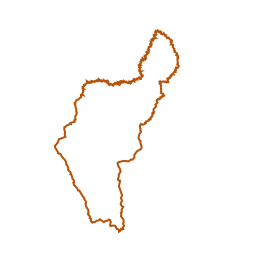 Becerrill, Cesar, Colombia, rotated 130°
{"feature_id": "7082276B21429087141697", "entity_name": "Becerrill", "entity_type": "district", "adm_level": 2, "iso_a3": "COL", "parent_name": "Colombia", "parent_adm1": "Cesar", "projection": "equal_earth", "projection_center": [-73.426, 9.754], "detail": "fine", "context": "isolated", "style": "outline", "palette": "amber", "viewbox_px": 256, "rotation_deg": 130, "n_neighbors": 0, "source": "geoboundaries", "source_scale": "gbopen_adm2", "svg_char_len": 5856}
<svg xmlns="http://www.w3.org/2000/svg" viewBox="0 0 256 256"><g transform="rotate(130 128 128)"><path d="M39.3,139.2L39.8,141.2L38.8,141.5L38.7,142.9L37.6,143.2L37.6,144.8L37.1,145.8L35.4,146.8L36.4,148.7L35.5,148.7L34.8,150.3L34.2,149.6L32.8,150.5L32.8,151.4L33.3,151.9L32.9,152.5L33.1,153.7L32.6,154.9L34.0,155.8L33.2,157.2L33.5,158.6L32.5,158.7L33.0,160.4L32.5,161.5L33.9,161.3L34.6,162.9L33.2,164.2L33.2,165.6L33.7,165.8L34.4,165.0L34.5,166.5L35.0,165.6L34.2,167.8L35.3,167.7L36.0,169.9L36.2,168.1L37.2,168.7L37.4,167.8L38.0,167.4L38.4,168.0L38.3,167.1L38.8,167.4L39.0,166.9L39.5,167.7L39.4,167.2L39.8,166.9L40.1,167.5L40.3,167.0L41.0,167.3L41.6,166.0L41.4,164.9L42.1,165.6L44.1,165.2L43.9,166.5L44.5,166.3L44.5,165.7L44.8,166.3L45.4,165.7L45.6,166.3L46.0,165.7L45.9,166.0L46.2,166.1L46.2,166.4L46.5,166.7L46.3,166.4L46.6,165.7L47.3,165.7L47.4,164.7L47.5,165.2L47.8,164.6L48.4,164.9L48.6,164.1L49.5,164.6L49.6,163.8L50.1,164.1L50.4,163.2L51.0,163.5L51.4,163.0L52.7,164.2L54.3,163.2L54.4,162.6L54.8,162.9L54.8,162.4L55.9,163.1L55.6,162.8L55.9,161.7L56.8,162.2L57.0,161.1L57.8,161.9L57.7,161.0L58.4,161.4L59.0,160.0L59.1,161.0L60.8,161.2L61.5,160.6L62.0,161.8L62.7,161.4L63.1,158.9L64.5,158.7L64.8,160.0L65.4,160.3L65.3,161.0L65.9,160.4L65.8,161.2L66.2,160.9L67.1,161.6L67.5,160.6L68.3,161.1L69.2,160.2L69.7,160.7L70.3,159.8L71.7,160.0L71.7,158.8L73.0,160.0L73.5,159.0L74.3,158.6L74.2,157.7L73.6,158.3L73.5,157.5L74.6,157.5L75.6,156.3L75.8,156.9L76.9,156.4L76.5,155.8L77.0,155.0L76.2,154.2L77.3,154.5L77.8,154.0L77.8,152.6L78.6,152.0L78.3,150.5L78.8,150.5L79.0,151.5L79.5,150.1L81.1,150.7L82.1,149.7L82.7,150.5L82.1,151.9L82.7,151.8L82.5,152.6L83.0,151.9L84.2,152.8L84.6,152.4L84.6,153.3L85.1,152.3L85.0,152.8L85.8,152.8L85.9,153.6L86.7,153.7L86.6,154.8L87.2,154.6L87.0,153.8L87.4,153.4L87.7,153.8L88.2,153.2L88.5,155.0L89.1,155.1L89.3,154.5L90.9,156.1L91.3,154.7L91.9,154.7L91.5,155.3L91.9,155.5L91.9,156.3L92.3,155.9L93.5,156.7L93.7,157.3L93.3,157.6L94.1,158.4L93.8,159.2L94.4,159.3L94.5,160.5L95.0,159.8L96.7,161.5L95.8,161.9L96.1,162.3L95.9,162.9L96.4,163.4L96.9,162.5L98.4,162.3L98.1,162.7L98.6,163.4L98.2,163.1L98.2,164.1L99.4,163.7L99.5,164.6L100.7,162.9L101.0,164.2L100.4,164.8L101.1,165.4L100.8,166.0L101.6,166.5L102.2,166.0L102.2,167.0L103.1,166.8L103.8,167.5L104.6,167.4L104.6,166.7L105.1,166.6L105.2,169.3L106.1,170.2L106.2,169.5L106.8,170.0L106.2,171.1L107.0,170.6L106.9,171.7L106.1,171.5L105.0,174.0L105.4,174.1L105.7,173.5L105.8,174.7L106.6,174.4L106.4,175.2L107.2,175.7L106.8,176.4L107.2,176.7L107.0,177.7L108.7,177.6L109.6,178.2L109.7,178.8L109.0,179.4L110.4,180.4L109.9,181.4L109.5,180.7L109.4,181.9L111.9,181.4L112.0,181.9L111.6,182.0L111.5,182.5L113.7,183.0L113.3,183.6L114.2,183.9L115.1,185.6L115.4,184.8L116.2,185.4L117.0,184.5L116.5,185.9L116.9,186.8L118.0,186.4L118.4,188.9L118.9,187.7L119.5,189.0L120.5,188.3L121.7,188.9L122.5,188.5L123.3,189.4L124.2,188.6L125.9,189.2L126.2,188.0L126.7,187.9L126.6,187.0L127.2,187.5L127.5,186.5L128.3,186.4L128.4,185.8L131.2,185.1L131.7,183.2L132.9,185.3L134.9,183.7L136.2,184.3L138.1,184.3L139.6,185.5L141.4,184.8L142.9,185.0L143.2,184.1L144.0,184.2L144.8,182.3L146.2,181.1L146.8,179.5L148.5,178.6L149.4,176.8L153.7,175.5L155.2,173.5L156.6,174.1L157.4,172.9L160.1,174.7L161.0,174.9L161.5,174.4L161.7,175.4L164.0,175.5L165.9,176.8L167.2,176.6L168.2,177.3L170.0,176.0L171.6,173.6L173.2,172.7L175.0,170.3L181.0,173.7L184.0,172.5L189.0,172.4L190.0,170.7L191.6,165.9L192.3,165.6L191.4,162.4L192.3,160.8L193.1,155.6L193.9,153.6L195.6,151.9L195.9,150.1L197.2,147.7L198.3,147.3L198.8,145.5L198.8,143.8L199.4,142.7L200.5,142.4L200.4,140.8L202.7,137.7L202.6,136.6L203.4,135.1L204.2,134.4L204.9,134.8L206.5,132.5L206.7,128.5L208.0,126.0L207.2,125.1L209.5,118.4L209.6,117.1L210.5,115.8L211.4,113.1L212.2,112.1L213.3,111.9L215.0,109.8L216.2,106.1L217.3,104.5L218.4,104.2L218.8,103.2L219.7,103.2L220.1,102.2L220.0,100.9L220.7,99.8L221.6,99.5L221.4,98.0L222.9,97.2L223.5,94.6L222.6,94.4L221.6,92.9L219.3,92.4L217.6,91.0L216.0,90.9L215.7,86.0L213.5,85.5L212.5,84.3L210.5,83.8L210.0,83.0L210.8,81.0L214.0,79.2L214.3,78.3L212.5,77.0L211.1,74.8L212.5,71.7L211.8,70.2L211.9,69.4L213.1,68.3L211.7,67.9L209.9,68.5L209.5,67.1L208.5,66.6L207.7,68.1L205.5,68.2L204.4,70.4L203.1,70.7L201.1,72.5L200.1,76.8L198.2,77.7L197.7,78.9L196.6,78.7L194.3,80.6L191.5,80.9L191.8,82.4L191.3,84.4L190.2,85.2L187.3,85.9L186.2,88.5L183.5,89.1L178.4,97.6L173.7,100.0L173.5,100.6L174.3,101.6L173.7,102.9L171.2,103.8L169.5,105.2L166.1,105.7L164.4,107.9L163.6,110.7L161.5,113.5L160.4,113.3L156.3,110.5L153.0,106.0L150.4,105.5L149.1,104.0L146.4,104.2L144.7,105.8L140.4,106.2L135.4,104.5L133.8,105.3L131.1,109.4L130.0,109.8L129.7,112.4L128.6,113.7L125.5,115.3L122.4,115.6L121.9,117.1L120.6,117.7L120.3,118.7L118.2,120.6L117.3,120.2L116.5,120.6L115.9,118.7L114.1,117.8L113.1,118.3L112.4,117.5L111.5,118.3L109.3,117.0L108.7,117.4L107.4,116.5L107.1,117.1L106.6,116.4L105.2,117.5L103.7,116.8L100.8,119.0L100.2,118.5L100.3,117.9L99.0,118.2L98.9,119.2L97.1,120.5L93.3,120.4L92.5,122.0L89.7,121.7L89.0,123.3L87.8,123.9L86.6,123.5L86.5,123.0L85.9,123.3L85.3,122.3L83.8,122.9L83.6,122.1L82.9,121.8L82.2,122.5L80.9,121.9L80.8,121.2L80.0,121.1L79.4,122.7L80.0,124.8L79.6,124.7L78.8,126.4L78.2,126.3L75.3,129.4L74.2,129.7L73.4,132.7L72.7,132.9L72.4,132.4L72.1,133.6L71.6,133.5L71.7,132.6L69.3,130.6L69.4,129.7L68.4,129.2L68.3,127.8L67.8,127.7L67.8,127.1L67.6,127.6L67.4,127.1L66.8,127.5L66.6,127.1L65.0,129.5L64.5,129.1L64.8,128.5L63.9,128.5L64.1,128.8L63.7,129.2L62.5,128.3L61.9,128.6L61.9,128.2L59.8,128.9L59.8,128.3L58.4,128.7L57.6,127.5L57.3,128.5L55.9,128.7L54.5,127.6L54.1,128.6L53.3,128.3L53.2,129.2L52.1,129.1L51.9,129.7L50.6,130.1L50.5,129.1L49.3,128.4L47.9,129.0L47.5,131.3L46.6,131.2L43.8,134.2L42.2,134.4L42.4,135.3L40.7,135.7L41.1,137.4L40.8,137.4L40.9,137.9L39.6,138.0L39.3,139.2Z" fill="none" stroke="#b45309" stroke-width="2"/></g></svg>